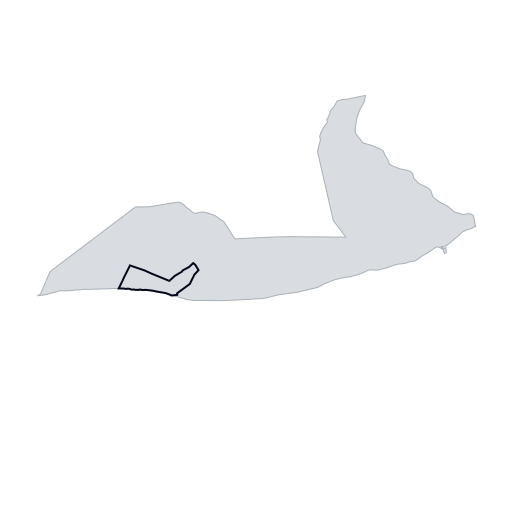 Shabeellaha Hoose highlighted on a map of Somalia, rotated 53°
{"feature_id": "SOM-2316", "entity_name": "Shabeellaha Hoose", "entity_type": "Region", "adm_level": 1, "iso_a3": "SOM", "parent_name": "Somalia", "parent_adm1": "", "projection": "equal_earth", "projection_center": [44.342, 1.971], "detail": "fine", "context": "in_parent", "style": "outline", "palette": "ink", "viewbox_px": 512, "rotation_deg": 53, "n_neighbors": 0, "source": "natural_earth", "source_scale": "10m", "svg_char_len": 3150}
<svg xmlns="http://www.w3.org/2000/svg" viewBox="0 0 512 512"><g transform="rotate(53 256 256)"><path d="M156.6,451.5L156.3,450.3L154.2,446.8L150.4,440.1L147.5,435.1L144.6,430.0L144.5,425.8L144.5,413.6L144.4,389.1L144.4,364.7L144.3,340.2L144.3,328.0L144.3,323.0L144.6,322.2L148.0,317.7L152.4,311.8L158.3,300.5L161.5,294.4L164.1,289.3L164.8,287.7L167.1,284.6L171.5,282.8L174.3,282.5L183.7,280.1L185.1,279.2L185.9,278.1L186.7,275.7L188.5,272.3L190.9,269.9L195.3,266.9L199.7,264.2L200.7,263.8L206.0,262.2L207.3,261.6L209.4,261.1L210.3,261.0L217.6,261.6L223.4,262.1L229.3,262.5L229.9,262.2L234.0,256.1L240.6,246.4L244.8,240.3L251.3,230.7L256.2,223.9L261.7,216.3L267.1,209.3L273.5,201.0L277.5,195.7L283.8,187.5L289.8,179.8L295.0,172.9L287.7,172.9L280.6,172.9L273.6,172.9L272.3,172.1L266.4,169.4L258.9,166.0L249.6,161.9L243.0,158.9L236.0,155.8L228.8,152.6L223.2,150.1L216.3,147.0L210.2,144.4L209.4,143.7L206.0,139.6L201.6,134.2L200.7,134.1L198.6,133.0L196.7,130.1L194.8,126.4L193.0,121.8L192.2,118.6L189.8,117.3L188.6,114.8L186.5,111.1L184.9,109.3L184.4,107.7L183.7,104.5L182.5,101.0L181.3,98.8L181.0,97.9L181.1,97.2L183.3,92.5L184.3,90.8L185.4,89.1L186.4,87.5L186.7,86.4L189.4,80.8L191.8,75.8L193.6,72.0L197.8,76.4L201.8,85.3L206.6,92.6L213.1,99.3L215.7,101.5L218.0,102.7L229.9,102.6L238.3,96.4L246.0,92.0L248.5,91.1L253.0,92.3L257.9,92.7L262.3,94.0L264.5,93.7L273.2,88.5L278.7,83.5L282.4,81.4L283.9,81.3L289.0,83.1L295.6,82.4L304.5,78.0L307.3,77.1L309.5,77.1L314.4,79.0L315.2,78.9L317.8,78.6L324.8,76.5L330.2,73.4L340.1,71.1L347.7,65.5L349.0,62.7L351.3,59.2L354.6,58.1L363.1,62.2L364.5,62.5L364.0,65.0L363.7,67.5L362.0,71.8L361.0,76.7L361.8,84.2L362.3,96.2L362.1,98.0L361.6,99.7L361.4,101.1L360.4,101.5L360.0,102.3L360.7,102.6L363.4,101.3L363.3,99.9L363.5,99.2L365.7,100.8L367.3,101.5L367.7,103.0L367.6,104.0L365.1,103.5L363.8,102.7L360.1,104.0L357.9,105.5L357.2,107.8L356.8,117.3L355.9,123.5L355.8,131.6L352.9,137.0L351.9,140.8L347.5,148.4L345.2,154.9L344.4,158.1L340.6,167.1L335.2,173.9L333.3,182.7L331.4,188.1L329.3,193.1L324.5,202.0L322.1,208.2L319.1,218.9L318.2,225.6L309.6,245.3L300.7,261.0L295.2,274.2L285.2,289.5L271.7,309.3L253.8,332.8L249.0,337.6L229.5,352.1L216.8,364.3L210.4,372.6L203.6,379.8L198.2,386.6L181.9,409.8L180.2,412.0L178.6,414.0L176.6,417.9L175.2,419.5L171.3,426.1L168.9,429.5L166.1,432.9L165.0,435.3L164.2,438.1L163.3,439.6L160.8,446.2L158.6,450.5L156.5,453.9L156.6,451.5Z" fill="#d9dde1" stroke="#a8b0b8" stroke-width="1"/><path d="M236.9,347.0L236.2,347.6L235.7,347.7L235.5,347.8L231.2,350.5L227.6,353.9L227.4,354.2L227.2,354.3L224.2,357.1L221.5,359.4L216.8,364.3L214.4,367.7L213.9,367.9L213.1,368.7L212.8,369.0L212.7,369.2L212.7,369.5L212.6,370.1L212.1,370.4L212.0,370.5L211.9,370.8L210.4,372.8L209.9,373.2L209.5,373.4L209.2,373.7L208.2,375.4L205.8,377.1L205.0,377.9L203.9,379.9L203.6,380.1L203.3,380.3L202.3,381.3L199.3,385.2L195.7,378.0L193.9,374.8L187.7,362.3L195.0,357.4L200.6,353.6L207.1,350.1L223.7,340.2L223.0,332.7L223.9,324.9L223.4,323.1L224.5,316.2L223.9,310.4L226.5,309.8L232.7,310.4L233.8,316.4L238.5,325.7L238.3,341.4L239.6,342.3L236.9,347.0L236.9,347.0Z" fill="none" stroke="#020617" stroke-width="2"/></g></svg>